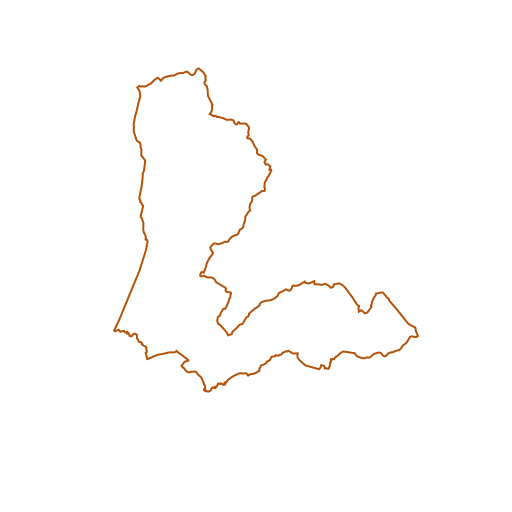 Mfantseman Municipal, Central, Ghana (Albers equal-area conic projection), rotated 116°
{"feature_id": "2480657B5340678211162", "entity_name": "Mfantseman Municipal", "entity_type": "district", "adm_level": 2, "iso_a3": "GHA", "parent_name": "Ghana", "parent_adm1": "Central", "projection": "albers", "projection_center": [-1.11, 5.277], "detail": "fine", "context": "isolated", "style": "outline", "palette": "amber", "viewbox_px": 512, "rotation_deg": 116, "n_neighbors": 0, "source": "geoboundaries", "source_scale": "gbopen_adm2", "svg_char_len": 6119}
<svg xmlns="http://www.w3.org/2000/svg" viewBox="0 0 512 512"><g transform="rotate(116 256 256)"><path d="M399.5,242.8L398.8,243.1L399.1,240.2L398.8,239.4L396.8,237.7L395.1,238.0L393.2,237.5L392.7,235.1L392.1,235.5L391.8,234.8L391.3,235.2L390.9,234.2L390.4,234.0L387.4,234.2L387.1,233.7L387.0,232.6L386.1,232.2L386.3,231.2L385.6,230.4L386.2,228.8L385.2,227.6L384.7,228.2L384.0,227.9L383.7,228.6L383.3,228.7L382.9,228.3L382.8,227.4L382.5,227.3L379.0,226.7L373.7,223.6L369.1,219.9L368.4,219.0L367.3,216.2L365.7,213.5L366.2,211.9L366.9,211.1L366.9,210.6L365.4,209.8L363.8,208.2L363.3,206.9L362.6,206.1L361.7,205.7L360.5,204.3L359.1,203.8L358.0,202.8L357.0,202.8L355.4,203.7L353.9,203.3L352.4,203.5L351.2,202.8L350.5,201.6L349.4,201.0L348.7,200.3L347.4,199.8L346.1,200.0L345.0,198.9L343.3,197.8L339.9,197.9L339.2,197.2L338.0,195.0L336.4,194.7L336.0,192.2L334.5,191.4L333.4,190.0L331.5,189.7L328.4,187.2L328.3,186.3L326.9,185.3L327.5,180.2L325.2,175.8L327.2,175.2L329.1,174.1L330.6,171.2L332.7,163.7L330.1,149.7L327.9,149.1L325.7,149.6L325.0,148.0L325.1,146.4L325.9,145.4L326.9,144.8L326.1,143.9L325.9,141.8L324.9,141.2L323.7,141.6L323.0,141.4L320.5,141.9L319.5,142.9L318.3,142.3L317.2,142.5L316.6,143.4L315.9,143.4L316.0,142.5L314.9,141.9L314.9,141.1L314.6,140.8L312.7,140.6L311.8,139.9L311.1,139.9L309.9,138.9L306.2,137.6L303.5,135.6L300.1,124.6L301.2,122.8L301.8,120.7L301.5,117.4L300.6,114.1L300.2,113.3L298.8,112.4L297.6,109.4L292.3,107.1L289.5,104.1L288.7,102.7L288.4,101.3L289.9,98.0L289.8,96.9L289.4,95.9L287.8,95.0L286.2,94.7L285.4,94.3L283.5,92.5L282.2,90.4L280.6,89.4L277.9,86.3L276.4,85.4L272.3,84.8L268.0,82.7L261.0,82.0L259.8,80.5L259.4,78.5L258.7,76.7L258.2,76.1L257.0,75.4L253.4,79.3L250.4,81.6L250.5,85.5L250.1,89.5L241.7,107.2L237.8,116.5L236.3,117.8L235.9,120.5L235.2,121.4L233.2,126.1L235.1,129.2L235.6,129.5L237.1,131.7L239.1,131.2L241.2,131.8L245.9,131.6L248.6,131.0L250.2,131.0L251.2,129.9L257.9,131.1L259.8,132.9L258.5,137.5L261.0,139.1L257.9,141.0L255.8,141.4L256.0,142.2L255.0,144.7L251.3,150.6L247.9,157.1L245.2,162.3L244.3,165.5L244.0,169.3L247.5,173.6L249.5,173.0L251.7,174.5L250.7,178.6L250.6,181.4L253.0,184.0L254.1,187.7L255.7,190.9L253.1,192.7L257.4,196.2L258.5,199.8L257.6,201.0L262.3,203.9L264.2,205.4L266.1,208.5L266.2,209.6L266.9,210.1L269.0,209.7L271.9,210.2L272.8,211.1L272.9,214.5L276.1,216.6L279.0,219.1L282.8,219.2L286.2,220.9L289.2,223.3L292.4,228.1L295.1,230.8L297.8,231.6L298.9,231.2L302.1,232.8L303.3,233.7L310.9,237.1L311.7,236.5L312.6,236.4L313.8,236.6L315.7,237.8L322.7,238.3L325.4,240.8L328.4,241.5L334.3,243.9L336.8,243.6L339.5,246.3L337.5,248.7L333.7,257.8L333.6,259.8L333.2,260.8L330.9,262.7L327.6,263.4L326.6,263.1L325.8,262.4L321.1,262.6L317.7,262.2L317.0,260.6L314.1,260.4L308.4,260.7L306.8,261.2L304.6,261.0L302.9,261.8L301.0,261.8L300.0,262.6L300.2,264.0L300.7,264.9L301.0,266.1L300.9,267.6L300.0,268.4L298.5,268.6L297.9,269.7L297.1,280.3L295.2,282.8L294.6,285.1L295.2,287.9L296.3,289.4L296.8,292.0L296.5,294.2L298.3,296.0L298.2,297.4L297.2,298.0L294.6,298.0L293.9,297.3L293.9,295.8L290.8,295.8L283.6,297.1L277.8,296.9L273.9,295.9L271.9,296.1L269.7,299.8L268.5,300.8L265.7,300.3L264.1,299.8L263.0,299.0L262.6,298.0L261.9,294.9L259.0,291.8L257.1,290.5L255.6,287.5L252.5,287.1L249.4,286.2L246.4,283.8L245.1,282.3L244.0,281.8L239.3,282.0L238.4,281.2L236.0,280.1L232.7,281.1L228.9,281.4L225.2,282.9L223.6,282.5L220.3,282.3L217.6,281.3L215.3,283.1L213.1,283.8L211.5,284.1L209.7,283.7L207.3,283.7L205.7,284.8L203.9,285.1L202.2,283.2L195.0,279.1L193.8,276.9L191.8,277.3L190.1,278.9L186.1,280.3L181.8,280.1L181.0,280.4L178.7,279.8L172.8,279.6L171.8,280.3L172.5,281.8L169.2,282.4L168.4,285.7L169.5,287.4L168.0,289.5L164.9,289.4L163.3,293.9L163.8,298.4L163.1,300.3L159.9,301.6L158.2,305.0L154.5,309.5L153.1,312.8L154.0,314.9L153.7,315.7L153.0,316.1L151.1,315.6L150.3,315.7L148.3,317.2L144.1,318.3L143.3,318.9L141.5,322.8L141.4,323.2L143.9,328.4L143.7,329.7L143.2,330.1L143.3,330.5L146.0,330.8L146.5,331.9L146.1,333.5L144.0,335.6L144.3,338.2L146.5,342.1L146.5,346.1L147.4,350.4L148.3,352.0L147.8,353.0L147.8,353.8L148.2,354.7L148.8,355.0L148.7,359.8L146.7,359.4L143.4,359.7L140.0,361.6L139.2,361.4L133.1,369.4L127.9,372.3L125.0,374.5L124.2,377.1L123.1,378.3L121.1,378.5L120.0,378.2L118.2,379.7L116.5,379.9L114.0,383.9L112.5,389.5L113.4,390.5L114.7,391.2L119.3,391.0L121.5,392.8L121.7,394.1L120.4,398.6L121.6,400.2L123.8,402.0L124.8,404.3L126.5,406.6L129.7,408.6L131.2,411.5L134.7,415.9L136.9,417.6L138.0,417.6L140.2,418.3L139.4,420.0L139.0,422.5L141.4,424.1L147.4,426.2L149.8,428.2L150.9,428.6L152.8,430.8L153.1,432.3L154.3,433.8L154.3,435.4L156.5,436.6L158.9,432.8L162.4,430.5L164.8,429.5L166.4,429.5L168.2,428.9L169.4,428.9L179.6,426.5L182.1,426.2L191.4,423.7L193.4,422.4L196.6,421.1L198.2,420.0L204.7,413.7L204.9,410.2L206.8,408.3L208.8,407.5L210.7,405.5L215.7,403.4L218.8,397.4L228.2,394.1L231.9,393.9L232.6,393.3L242.8,389.5L254.9,386.4L256.1,385.5L256.8,384.1L258.2,383.8L258.2,382.6L260.0,380.7L260.2,379.7L260.8,379.3L270.9,377.1L271.7,376.3L272.1,375.1L275.8,371.6L281.7,368.9L283.9,367.3L284.0,366.8L284.8,366.3L285.2,365.3L287.1,363.4L289.6,362.5L289.6,362.1L289.1,361.6L289.2,361.1L290.7,359.7L300.1,357.3L320.3,354.3L372.7,351.0L385.2,350.8L385.4,349.6L382.5,347.1L383.6,344.8L383.4,344.2L382.4,343.6L381.2,341.8L382.1,340.7L382.0,340.0L380.7,338.6L380.8,338.0L381.7,338.3L382.2,337.8L381.4,337.1L381.3,336.6L383.2,334.6L383.1,333.4L382.1,332.4L381.2,332.4L379.9,331.8L379.0,331.0L378.9,329.2L379.2,328.5L382.3,326.7L382.8,325.3L384.4,324.0L384.5,322.8L383.8,321.4L384.2,321.0L384.2,320.3L385.1,319.5L385.6,319.6L386.0,314.9L387.0,314.1L387.5,314.1L389.3,312.4L390.6,312.3L391.4,312.7L396.3,308.5L394.0,306.1L392.3,305.0L387.8,300.9L384.1,295.9L380.9,292.1L379.7,289.9L379.3,288.7L377.6,286.2L376.2,285.9L377.1,282.5L377.8,277.2L378.4,275.8L378.6,273.7L379.4,271.1L380.1,271.3L382.4,273.8L387.4,274.8L388.3,272.7L388.1,272.4L390.1,268.1L390.2,265.5L389.5,264.4L388.0,263.1L386.4,259.4L388.3,255.2L388.8,252.9L390.0,250.8L394.2,246.3L394.8,245.2L397.2,243.6L397.9,243.6L398.6,244.3L399.4,243.8L399.5,242.8Z" fill="none" stroke="#b45309" stroke-width="2"/></g></svg>